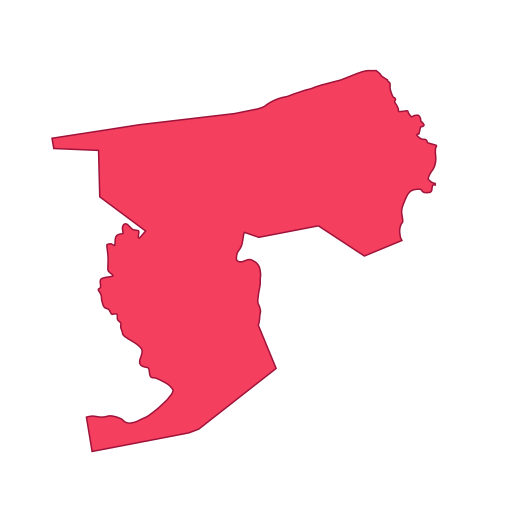 San Juan Guarita, Lempira, Honduras, rotated 259°
{"feature_id": "27666195B76708955543126", "entity_name": "San Juan Guarita", "entity_type": "district", "adm_level": 2, "iso_a3": "HND", "parent_name": "Honduras", "parent_adm1": "Lempira", "projection": "mercator", "projection_center": [-88.788, 14.147], "detail": "fine", "context": "isolated", "style": "filled", "palette": "rose", "viewbox_px": 512, "rotation_deg": 259, "n_neighbors": 0, "source": "geoboundaries", "source_scale": "gbopen_adm2", "svg_char_len": 6113}
<svg xmlns="http://www.w3.org/2000/svg" viewBox="0 0 512 512"><g transform="rotate(259 256 256)"><path d="M291.5,445.5L293.1,445.7L293.5,444.6L294.1,443.6L294.8,442.7L295.6,441.8L296.8,440.9L298.1,440.0L298.7,439.8L299.2,439.9L300.6,440.5L302.4,441.7L304.9,443.8L307.4,446.4L308.4,447.2L309.9,448.3L311.4,449.1L314.2,450.3L316.8,451.0L318.6,451.3L323.2,451.8L326.2,452.4L327.1,452.7L328.0,453.1L329.4,454.2L329.9,454.2L330.3,454.0L330.5,453.7L334.4,446.1L334.6,445.9L334.9,445.8L335.9,445.8L336.5,445.7L337.1,445.4L337.5,445.1L338.0,444.6L338.3,444.0L338.8,441.8L339.1,441.1L339.6,440.4L340.3,439.6L341.4,438.6L342.5,437.7L343.5,437.1L343.9,437.0L344.2,437.0L344.5,437.1L344.7,437.4L344.9,437.7L344.9,438.0L344.6,438.7L344.6,438.9L344.7,439.1L344.9,439.3L350.5,441.8L350.9,442.0L351.2,442.4L351.3,442.8L351.3,444.0L351.5,444.8L351.9,445.5L352.4,445.9L353.0,445.9L354.0,445.5L355.0,445.0L356.4,444.0L356.9,443.7L357.5,443.6L358.3,443.6L359.4,443.8L360.6,443.5L361.4,443.3L362.2,442.9L362.8,442.5L363.2,442.0L363.4,441.6L363.6,439.9L363.7,438.6L363.6,437.9L363.5,437.3L362.9,435.9L362.9,435.4L363.1,435.0L363.6,434.7L366.0,433.4L367.5,432.9L369.1,432.7L369.5,432.4L369.7,432.1L369.9,431.4L369.9,429.0L370.2,426.0L370.4,424.2L370.6,423.9L370.9,423.7L371.2,423.5L371.5,423.5L372.9,423.8L373.9,423.7L377.0,422.9L379.5,421.9L380.7,421.5L381.3,421.6L381.6,421.7L381.9,421.9L382.4,422.5L382.9,422.8L383.3,422.9L383.7,422.8L384.2,422.7L384.6,422.4L385.0,422.0L385.5,421.3L386.2,420.8L388.7,420.2L390.6,419.9L392.8,419.7L395.4,419.6L396.2,419.8L397.7,420.2L399.0,420.4L399.7,420.4L400.5,420.3L401.2,419.9L402.1,419.0L402.5,418.8L403.1,418.6L403.7,418.7L406.9,415.3L408.6,413.7L411.1,412.5L412.4,411.6L415.1,409.3L415.7,405.7L416.3,403.1L416.8,400.0L416.6,395.0L416.3,393.5L415.9,390.3L412.6,372.8L411.4,353.4L410.7,347.4L409.7,341.6L409.4,336.0L407.8,323.9L406.6,317.0L406.6,312.4L406.2,308.1L405.4,304.0L404.4,300.2L403.0,296.5L401.2,292.7L400.5,289.7L400.1,285.8L399.9,262.2L407.1,166.9L410.5,78.2L400.1,78.0L389.7,121.6L343.9,113.9L301.6,152.4L296.7,146.2L296.1,145.1L296.0,144.7L296.1,144.4L296.5,144.1L297.0,144.0L298.8,144.6L301.4,145.5L302.4,145.6L302.9,145.6L303.2,145.5L303.4,145.3L303.7,144.5L304.9,141.3L305.5,140.2L306.1,139.5L310.1,136.8L311.5,135.8L312.0,135.2L312.3,134.5L312.5,133.9L312.5,133.2L312.2,132.3L311.6,131.6L310.9,131.0L309.7,130.4L308.9,130.2L307.9,130.1L305.5,129.9L304.2,130.0L303.7,129.9L303.6,129.7L303.4,128.3L303.4,125.7L303.2,124.5L303.0,123.8L302.6,123.2L302.2,122.7L301.6,122.1L300.6,121.6L299.3,121.0L298.1,120.7L295.2,120.0L293.4,119.4L293.4,119.1L293.8,118.3L294.6,117.3L295.5,116.3L295.7,115.9L295.9,113.8L295.8,112.9L295.6,111.9L294.6,111.6L293.1,111.4L285.2,110.8L282.1,110.4L278.8,109.7L272.5,108.3L270.6,108.0L269.6,108.1L268.8,108.5L267.9,109.1L265.1,111.4L264.4,111.8L264.0,111.8L263.8,111.6L263.6,111.2L263.5,110.1L263.7,104.1L263.6,102.1L263.4,100.8L263.0,99.6L262.5,99.1L262.2,98.8L261.1,98.3L259.4,98.0L256.0,97.7L255.1,97.4L254.7,97.2L254.3,96.7L253.7,95.3L253.5,95.0L253.2,94.8L252.8,94.7L252.0,94.9L248.6,96.2L247.4,96.4L246.1,96.5L242.4,96.1L240.1,96.2L237.0,96.5L235.8,96.8L235.1,97.1L234.2,97.6L233.7,98.2L233.2,98.9L232.3,100.5L231.9,100.9L231.5,101.3L230.8,101.6L227.2,102.8L226.7,103.0L226.4,103.3L226.2,103.6L226.1,104.1L226.1,106.6L226.0,107.4L225.7,108.1L225.1,108.5L224.8,108.5L224.1,108.5L221.6,108.0L220.7,107.9L220.1,108.0L219.6,108.1L219.0,108.4L216.7,110.1L215.7,110.5L215.4,110.5L214.8,110.4L212.9,109.8L211.5,109.6L210.4,109.7L207.1,110.2L204.5,110.3L203.6,110.7L202.2,111.6L201.0,112.8L198.9,114.9L194.6,119.7L192.1,122.2L190.5,123.5L188.9,124.7L187.5,125.5L186.7,125.9L185.8,126.1L185.0,126.1L184.1,126.0L182.6,125.6L180.9,124.8L176.5,122.3L174.9,121.7L173.9,121.5L173.1,121.4L172.4,121.5L171.3,121.9L170.7,122.2L170.2,122.6L169.3,123.7L168.4,125.2L167.3,128.0L166.9,128.6L166.5,129.0L165.8,129.2L164.6,129.3L160.9,129.1L159.1,129.1L157.9,129.4L157.0,129.9L156.5,130.6L155.6,133.4L155.1,134.6L154.6,135.4L152.8,137.9L150.0,141.5L148.4,143.4L146.7,145.2L145.3,146.3L144.5,146.9L142.6,148.0L140.2,149.1L138.3,148.2L136.8,147.1L136.1,146.4L133.9,143.7L132.1,141.7L131.2,140.4L125.1,130.7L121.8,124.3L119.8,120.0L119.3,118.8L118.7,116.9L117.7,112.4L116.4,107.7L116.0,105.3L115.9,102.8L116.0,100.4L116.2,99.2L116.8,97.8L117.5,96.6L118.2,95.6L119.0,94.9L120.3,94.0L121.0,93.5L121.8,92.6L122.3,92.0L124.0,89.4L124.7,88.2L125.7,86.0L126.6,83.7L126.9,82.3L127.1,81.1L127.1,80.2L127.0,78.3L126.9,77.2L127.3,73.6L127.5,72.8L128.0,71.1L129.5,66.9L130.0,65.3L130.2,63.8L130.3,62.2L130.3,60.7L130.2,58.8L95.4,57.8L95.2,156.5L97.0,166.8L141.8,254.3L187.9,245.0L189.2,245.9L189.8,246.2L193.5,247.5L197.5,248.6L199.6,249.5L200.8,249.9L201.8,250.0L205.4,249.8L206.5,249.6L208.3,249.1L209.1,249.0L210.1,249.0L211.2,249.1L213.6,249.7L217.0,250.8L219.3,251.6L224.9,253.8L227.3,254.7L228.5,255.0L232.7,255.8L236.4,256.9L237.5,257.1L241.3,257.3L243.1,257.3L244.1,257.2L245.2,257.0L246.6,256.5L247.8,255.9L248.9,255.3L249.9,254.5L251.0,253.3L252.1,252.0L253.1,250.7L253.5,250.0L253.7,249.2L253.9,247.7L253.8,246.2L253.6,244.8L253.0,241.6L253.1,240.6L253.3,239.6L253.7,238.2L254.0,237.7L254.4,237.2L254.8,236.8L255.3,236.5L255.8,236.3L256.3,236.2L257.5,236.3L258.9,236.7L260.7,237.3L262.4,238.1L263.6,239.0L265.2,240.7L266.1,241.6L268.2,243.3L269.0,243.8L270.3,244.5L273.2,245.7L279.6,248.0L281.4,249.2L273.8,262.3L273.7,323.0L235.3,362.4L243.4,402.2L245.5,401.6L247.0,401.3L250.9,401.5L252.7,401.7L255.0,402.3L256.0,402.6L256.9,403.0L259.6,404.6L260.1,405.1L261.0,406.2L261.4,406.4L261.9,406.6L262.7,406.8L264.7,407.0L270.4,407.2L272.0,407.5L273.4,407.8L275.9,408.9L278.9,410.6L283.4,413.6L285.4,415.0L287.4,416.6L288.3,417.6L289.2,418.6L289.8,419.7L290.4,420.9L290.7,422.2L290.9,423.6L290.9,425.0L290.8,426.7L290.6,428.4L290.2,429.6L289.7,430.7L289.2,431.2L288.1,431.4L287.7,431.6L286.7,432.6L286.3,433.1L285.9,434.4L285.5,435.9L285.3,437.8L285.3,438.7L285.4,439.4L285.7,439.9L286.0,440.4L286.5,440.8L287.5,441.3L289.4,441.9L290.3,442.2L291.2,442.7L291.7,443.1L291.9,443.5L292.0,444.1L291.8,444.8L291.5,445.5Z" fill="#f43f5e" stroke="#9f1239" stroke-width="1.5"/></g></svg>